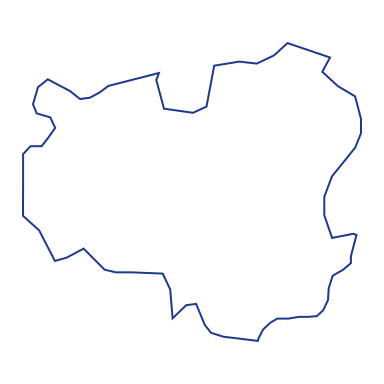 outline of Hongseong-gun, South Chungcheong, South Korea
{"feature_id": "91817680B43357769940671", "entity_name": "Hongseong-gun", "entity_type": "district", "adm_level": 2, "iso_a3": "KOR", "parent_name": "South Korea", "parent_adm1": "South Chungcheong", "projection": "equal_earth", "projection_center": [126.624, 36.558], "detail": "fine", "context": "isolated", "style": "outline", "palette": "blue", "viewbox_px": 384, "rotation_deg": 0, "n_neighbors": 0, "source": "geoboundaries", "source_scale": "gbopen_adm2", "svg_char_len": 1007}
<svg xmlns="http://www.w3.org/2000/svg" viewBox="0 0 384 384"><path d="M158.9,73.0L108.4,85.9L99.7,92.4L89.9,97.7L80.0,99.0L70.1,91.1L57.7,84.6L47.8,79.3L38.0,87.2L33.0,104.2L36.7,113.4L50.3,117.4L55.2,127.9L47.8,138.3L41.6,146.2L30.5,146.2L23.1,154.1L23.1,169.8L23.1,190.8L23.0,204.0L23.0,215.8L31.7,223.7L39.1,230.3L54.9,260.9L66.3,257.8L83.6,248.6L104.6,269.7L115.7,272.3L130.6,272.3L162.7,273.6L170.2,289.4L172.6,318.3L186.2,305.2L196.1,303.9L204.8,324.9L211.0,332.8L223.3,336.7L257.9,340.9L258.3,338.8L263.1,329.5L270.2,322.8L277.3,318.6L288.4,318.6L298.7,316.9L308.2,316.9L316.9,316.1L323.2,310.2L328.0,300.1L328.7,288.3L332.7,275.7L343.0,269.8L350.9,263.1L350.9,256.3L356.5,234.9L353.3,233.8L332.1,237.9L324.3,215.3L324.3,196.8L332.0,176.3L343.6,162.0L355.2,147.6L361.0,133.3L361.0,118.9L355.1,96.4L337.8,86.1L322.3,71.8L330.0,57.5L287.5,43.1L274.0,55.4L256.7,63.6L239.3,61.6L214.2,65.7L206.5,106.6L193.0,112.8L164.0,108.7L156.3,80.0L158.9,73.0Z" fill="none" stroke="#1e3a8a" stroke-width="2"/></svg>